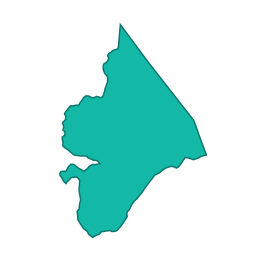 San Pedro Ocotepec, Oaxaca, Mexico (Equal Earth projection), rotated 352°
{"feature_id": "50627088B407128365288", "entity_name": "San Pedro Ocotepec", "entity_type": "district", "adm_level": 2, "iso_a3": "MEX", "parent_name": "Mexico", "parent_adm1": "Oaxaca", "projection": "equal_earth", "projection_center": [-95.854, 16.976], "detail": "fine", "context": "isolated", "style": "filled", "palette": "teal", "viewbox_px": 256, "rotation_deg": 352, "n_neighbors": 0, "source": "geoboundaries", "source_scale": "gbopen_adm2", "svg_char_len": 2208}
<svg xmlns="http://www.w3.org/2000/svg" viewBox="0 0 256 256"><g transform="rotate(352 128 128)"><path d="M73.1,98.8L71.7,100.3L68.7,103.1L67.1,105.0L68.0,107.9L67.4,110.7L63.9,113.9L64.6,118.1L63.3,120.8L65.1,123.4L64.4,126.4L61.6,127.9L61.4,131.1L61.7,133.7L60.9,136.6L62.9,139.0L64.8,140.5L68.1,144.3L71.0,147.3L74.8,148.4L77.8,149.3L80.5,149.5L83.0,150.0L83.9,151.5L84.4,152.2L85.3,152.6L86.2,153.0L87.0,153.7L88.1,154.1L88.9,155.0L91.4,155.5L93.3,156.3L95.1,159.4L91.2,159.8L87.8,159.2L84.2,160.6L82.2,162.5L78.4,164.8L76.2,162.9L73.0,160.6L69.5,156.7L68.0,156.2L66.3,156.0L63.6,158.0L61.6,160.8L61.1,161.5L60.1,162.4L59.1,162.0L56.9,161.7L55.5,161.9L54.3,163.2L54.1,165.5L55.5,168.2L57.0,172.0L58.8,174.4L60.3,172.7L62.7,171.1L64.6,169.3L68.6,169.2L71.0,169.8L72.9,173.2L72.0,177.3L71.0,182.0L70.8,186.0L71.1,190.1L71.0,192.8L69.1,197.6L68.5,201.3L66.0,203.4L66.0,207.2L65.6,211.8L68.0,217.4L69.9,221.3L73.4,224.9L74.3,228.0L75.7,229.2L76.4,229.8L77.7,231.4L82.0,229.7L84.5,229.3L86.4,228.0L86.7,227.2L87.9,227.0L89.3,227.1L92.8,226.9L96.3,227.2L97.4,228.2L100.4,228.6L102.8,228.0L105.7,225.6L108.8,222.7L114.6,216.1L115.1,215.0L114.6,214.4L115.5,211.0L118.0,209.1L120.3,205.4L121.8,203.7L123.7,201.5L126.9,199.4L130.6,195.9L133.1,193.7L137.0,189.1L148.0,178.4L152.4,176.9L156.6,174.4L160.7,172.6L165.3,172.0L168.1,172.7L170.3,174.4L172.8,173.5L176.3,169.9L178.1,167.9L180.4,165.2L182.5,165.6L186.1,167.2L188.2,168.5L193.6,167.5L196.6,166.3L199.0,165.9L201.9,165.7L199.7,155.7L197.4,145.3L196.9,142.5L194.2,129.7L159.9,70.3L158.7,68.4L134.8,24.6L129.6,47.1L128.2,48.5L126.6,48.6L125.4,48.6L124.1,49.2L123.3,49.5L122.6,49.9L121.8,50.6L120.1,51.2L118.7,52.2L118.2,52.9L118.0,53.3L118.0,53.9L118.1,54.6L118.4,55.1L118.5,55.9L118.3,57.0L117.7,57.9L117.0,58.8L116.3,59.5L114.8,60.5L113.9,60.7L113.2,61.1L112.9,61.4L112.6,62.0L112.3,62.6L111.9,64.1L111.7,66.6L112.1,68.4L112.4,70.3L114.9,74.2L114.6,76.3L114.2,79.5L113.9,80.4L113.3,80.9L112.4,83.0L110.8,85.8L110.1,88.2L109.1,90.1L107.4,93.5L105.1,94.1L101.2,92.3L98.9,93.2L96.2,92.9L93.8,91.0L91.0,90.3L88.6,91.4L85.8,94.6L84.0,96.3L82.9,98.1L81.5,98.5L80.0,98.2L77.2,98.4L73.9,98.1L73.1,98.8Z" fill="#14b8a6" stroke="#0f766e" stroke-width="1.5"/></g></svg>